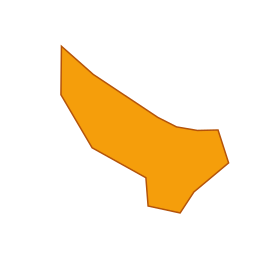 map outline of Capital Territory (Honiara) (Robinson projection), rotated 36°
{"feature_id": "SLB-5130", "entity_name": "Capital Territory (Honiara)", "entity_type": "Province", "adm_level": 1, "iso_a3": "SLB", "parent_name": "Solomon Islands", "parent_adm1": "", "projection": "robinson", "projection_center": [159.999, -9.445], "detail": "fine", "context": "isolated", "style": "filled", "palette": "amber", "viewbox_px": 256, "rotation_deg": 36, "n_neighbors": 0, "source": "natural_earth", "source_scale": "10m", "svg_char_len": 330}
<svg xmlns="http://www.w3.org/2000/svg" viewBox="0 0 256 256"><g transform="rotate(36 128 128)"><path d="M26.1,101.0L68.4,105.1L145.9,101.9L166.6,98.6L185.6,89.2L202.0,76.7L229.9,97.1L218.9,141.0L220.1,166.1L190.1,179.3L171.7,157.7L110.6,165.1L54.2,140.5L26.1,101.0Z" fill="#f59e0b" stroke="#b45309" stroke-width="1.5"/></g></svg>